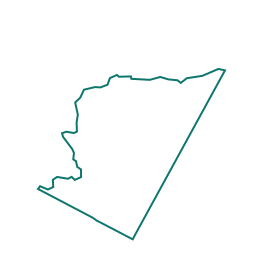 outline of Custer, Colorado, United States of America, rotated 118°
{"feature_id": "52423323B47338290573019", "entity_name": "Custer", "entity_type": "district", "adm_level": 2, "iso_a3": "USA", "parent_name": "United States of America", "parent_adm1": "Colorado", "projection": "robinson", "projection_center": [-105.354, 38.078], "detail": "fine", "context": "isolated", "style": "outline", "palette": "teal", "viewbox_px": 256, "rotation_deg": 118, "n_neighbors": 0, "source": "geoboundaries", "source_scale": "gbopen_adm2", "svg_char_len": 720}
<svg xmlns="http://www.w3.org/2000/svg" viewBox="0 0 256 256"><g transform="rotate(118 128 128)"><path d="M224.1,71.6L217.6,71.6L31.6,69.4L33.4,75.9L47.0,86.8L56.4,99.4L63.4,102.6L62.6,106.6L66.1,115.1L67.8,123.5L75.2,131.3L83.0,148.1L81.1,149.6L87.0,160.1L86.3,162.6L92.4,167.4L99.4,166.4L105.1,171.4L107.4,176.4L114.9,184.9L123.4,184.4L130.3,186.6L139.7,178.6L147.4,175.9L155.2,171.4L157.9,173.5L160.2,180.7L163.6,183.8L166.3,181.2L172.8,167.3L175.4,164.0L181.4,161.6L181.7,158.3L186.1,154.7L186.7,150.0L193.4,146.4L198.8,150.6L197.6,154.8L201.0,157.2L204.5,167.6L209.0,170.0L215.2,166.3L219.9,169.8L220.7,178.3L224.1,178.8L223.8,116.7L224.4,112.4L224.1,71.6Z" fill="none" stroke="#0f766e" stroke-width="2"/></g></svg>